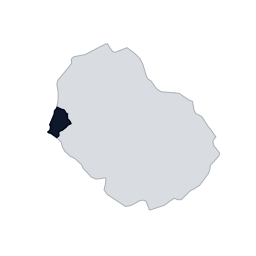 where Kriva Palanka sits in North Macedonia, rotated 239°
{"feature_id": "MKD-2906", "entity_name": "Kriva Palanka", "entity_type": "Statistical Region", "adm_level": 1, "iso_a3": "MKD", "parent_name": "North Macedonia", "parent_adm1": "", "projection": "mercator", "projection_center": [22.313, 42.232], "detail": "fine", "context": "in_parent", "style": "filled", "palette": "ink", "viewbox_px": 256, "rotation_deg": 239, "n_neighbors": 0, "source": "natural_earth", "source_scale": "10m", "svg_char_len": 1768}
<svg xmlns="http://www.w3.org/2000/svg" viewBox="0 0 256 256"><g transform="rotate(239 128 128)"><path d="M116.5,68.8L120.4,69.3L128.8,66.9L134.1,63.6L136.8,63.1L140.3,61.8L145.4,62.0L150.6,63.5L157.2,61.5L163.6,58.4L166.2,59.2L169.0,61.9L170.9,62.6L181.6,76.6L187.5,82.2L194.4,86.5L202.3,89.6L205.2,92.6L210.2,107.4L212.6,113.1L216.0,114.7L216.8,116.3L216.9,118.5L213.1,128.8L211.6,152.0L210.7,153.8L206.7,153.7L201.5,154.2L199.5,156.0L197.4,168.4L189.0,172.0L181.3,174.0L174.8,173.5L163.5,170.6L159.8,170.3L156.6,171.9L146.5,172.8L142.1,175.0L131.6,189.5L121.1,194.4L117.5,197.0L109.4,193.8L105.5,193.5L99.9,197.1L87.7,197.5L84.4,198.1L74.9,198.7L74.5,196.7L72.8,193.8L68.4,192.5L59.4,193.6L57.2,191.5L53.5,179.2L50.6,177.2L47.4,173.1L41.9,159.7L41.8,153.9L42.1,148.7L39.1,136.7L41.0,133.6L43.8,131.7L43.8,126.8L43.0,119.4L46.3,104.9L47.3,103.9L48.1,104.5L56.2,105.7L58.3,103.9L59.6,101.0L60.1,90.3L62.0,85.4L81.6,76.0L87.3,75.6L91.8,80.0L95.3,82.7L97.4,82.6L98.1,79.9L100.5,74.5L104.5,71.4L116.4,68.8L116.5,68.8Z" fill="#d9dde1" stroke="#a8b0b8" stroke-width="1"/><path d="M165.7,57.3L166.0,57.7L166.0,59.3L166.2,60.0L167.3,61.2L168.4,62.1L169.6,62.6L171.0,62.6L177.8,71.9L180.5,73.9L181.4,76.6L182.2,78.1L181.0,78.7L180.4,79.1L179.2,80.0L177.9,80.8L177.2,81.8L176.4,82.3L176.0,82.5L175.2,82.6L174.9,82.5L174.6,82.5L174.1,82.5L173.6,82.5L172.8,82.6L171.7,82.6L171.3,82.7L171.1,82.9L171.1,83.2L170.2,82.6L169.1,81.9L167.9,81.5L167.1,80.8L166.6,80.6L166.2,81.1L165.6,81.3L164.3,81.5L163.2,81.6L162.2,81.5L161.4,81.5L161.1,81.1L161.1,80.8L161.4,79.9L161.4,78.5L161.2,76.9L160.7,75.7L160.2,72.1L160.0,70.3L160.5,68.4L160.4,67.0L159.1,65.7L157.7,65.3L156.9,64.4L156.6,62.1L163.2,59.3L165.0,57.4L165.7,57.3Z" fill="#0f172a" stroke="#020617" stroke-width="1.5"/></g></svg>